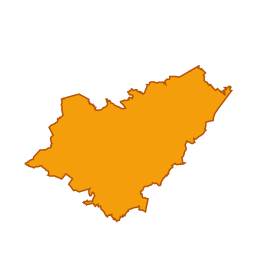 Cuautepec de Hinojosa, Hidalgo, Mexico, rotated 208°
{"feature_id": "50627088B81322224704661", "entity_name": "Cuautepec de Hinojosa", "entity_type": "district", "adm_level": 2, "iso_a3": "MEX", "parent_name": "Mexico", "parent_adm1": "Hidalgo", "projection": "albers", "projection_center": [-98.287, 19.97], "detail": "fine", "context": "isolated", "style": "filled", "palette": "amber", "viewbox_px": 256, "rotation_deg": 208, "n_neighbors": 0, "source": "geoboundaries", "source_scale": "gbopen_adm2", "svg_char_len": 5707}
<svg xmlns="http://www.w3.org/2000/svg" viewBox="0 0 256 256"><g transform="rotate(208 128 128)"><path d="M100.0,207.8L99.7,207.4L100.6,206.5L106.6,197.0L110.7,195.6L115.3,193.1L114.3,190.7L114.8,190.2L116.6,189.3L117.4,186.7L115.3,184.2L115.6,184.3L116.4,184.6L117.3,184.2L118.2,185.1L123.1,182.3L123.5,181.4L125.0,181.0L126.4,181.0L128.9,179.7L129.4,179.3L130.2,178.2L129.8,177.0L129.8,176.1L131.6,175.2L131.2,175.1L130.5,172.7L130.4,169.8L129.9,167.2L130.4,165.1L134.2,165.0L133.3,165.8L135.3,165.6L135.9,164.9L137.0,164.9L137.5,165.1L137.9,165.9L139.4,165.3L139.9,164.3L141.0,163.8L141.7,164.2L143.3,164.2L143.2,162.2L144.0,161.6L145.1,159.7L144.7,159.4L143.8,159.2L142.6,158.2L142.0,158.1L140.2,159.1L138.7,158.7L138.4,158.4L138.5,157.8L138.0,156.0L138.7,156.0L139.5,156.3L140.9,155.9L141.3,155.1L140.6,153.9L141.4,154.0L141.5,153.8L141.0,152.7L141.4,152.2L144.6,150.6L144.7,149.9L145.8,149.1L146.4,147.9L146.9,148.0L147.1,147.8L146.8,147.4L145.2,146.7L143.6,146.5L139.5,144.4L141.0,143.0L142.3,142.2L143.3,142.5L143.9,142.1L146.1,142.3L147.1,142.2L147.6,141.8L148.6,142.0L150.3,141.8L152.5,142.5L154.9,142.1L155.5,142.8L156.8,143.5L157.1,142.9L157.6,143.4L158.2,142.6L158.5,142.7L160.2,143.8L160.9,143.1L160.3,142.9L159.5,142.0L159.5,141.7L157.5,140.1L157.1,138.4L157.2,137.4L157.7,135.9L159.2,134.7L160.0,131.9L162.2,129.8L162.8,129.8L163.3,129.2L163.9,129.1L164.2,128.8L164.7,129.0L165.4,128.8L166.0,128.9L166.1,131.0L166.8,130.8L167.6,130.8L168.4,131.8L169.0,131.8L169.5,131.3L170.0,132.3L170.4,131.9L171.3,131.8L172.5,132.0L172.6,131.2L173.8,131.6L173.9,132.2L174.6,133.1L175.4,133.1L176.0,133.6L176.0,134.9L187.2,134.9L197.4,125.3L198.0,124.4L198.3,123.5L199.0,123.9L199.4,123.2L200.3,122.2L198.0,119.3L197.9,117.9L197.6,116.8L196.0,115.6L195.7,115.1L195.4,113.6L191.3,108.6L192.1,106.8L192.4,105.1L193.2,105.3L193.6,103.0L194.4,103.1L194.2,102.5L193.9,102.5L193.5,101.3L193.4,100.3L193.6,99.6L194.2,98.9L194.2,98.0L194.8,97.5L195.0,96.8L196.2,95.7L197.4,93.7L198.0,91.5L190.8,86.5L191.8,83.1L190.8,81.5L189.3,79.6L187.9,78.6L188.2,78.3L188.0,77.4L187.8,77.3L187.8,75.5L187.6,76.0L187.0,75.6L187.3,75.2L187.0,74.5L189.2,72.5L189.9,70.9L190.3,70.5L193.7,68.0L195.3,67.4L197.6,58.2L197.0,55.7L197.6,55.5L198.5,54.6L199.5,53.1L199.9,51.8L200.4,51.6L200.6,50.3L202.0,48.7L201.5,48.5L201.5,48.1L199.1,47.9L198.4,48.5L198.0,48.5L197.5,47.7L194.6,48.5L192.5,48.6L192.0,49.1L191.7,50.0L191.3,50.6L189.6,51.3L189.4,51.9L188.7,52.0L186.9,54.1L186.5,54.1L185.8,53.4L185.1,53.5L184.5,53.2L182.2,53.1L180.5,52.2L179.6,52.2L178.6,52.7L178.0,52.5L176.5,50.3L176.4,49.5L176.7,48.8L175.4,49.0L174.6,48.8L170.3,51.2L168.8,51.2L165.5,51.7L162.6,51.8L161.3,58.3L153.2,57.2L154.0,50.5L151.5,49.6L146.8,47.2L144.6,48.6L141.3,48.6L133.2,56.4L133.4,55.3L133.2,54.3L131.2,51.2L129.9,50.3L129.2,50.5L129.1,51.1L128.8,51.5L129.3,53.2L128.8,53.8L129.0,54.8L129.4,55.0L127.2,54.2L125.9,52.6L125.7,52.6L125.4,52.2L125.6,52.0L125.5,51.2L125.8,49.0L125.2,48.2L125.3,47.5L124.9,46.8L128.2,44.9L128.7,44.1L129.1,44.2L130.0,44.9L130.6,43.4L131.9,42.6L132.6,41.6L132.9,41.5L132.3,41.5L132.5,41.2L131.3,41.0L130.7,41.2L129.8,40.9L129.5,41.1L128.6,40.6L128.5,41.0L123.5,45.1L123.0,45.1L122.4,44.4L121.4,44.4L120.8,43.6L120.0,43.5L119.7,45.4L118.7,46.6L117.7,44.8L116.7,44.6L116.2,45.8L115.6,46.2L113.6,43.6L111.5,43.5L110.3,42.6L109.5,42.6L108.4,41.5L106.0,40.1L105.6,40.5L104.6,39.8L104.1,42.1L103.4,42.6L103.2,42.2L102.9,42.3L102.3,43.5L101.7,44.0L101.0,42.4L99.3,41.7L98.0,41.7L97.8,41.0L98.0,40.7L97.2,40.6L96.9,41.8L95.7,41.0L94.1,40.4L94.2,40.9L92.4,42.5L93.0,46.3L91.3,46.6L90.9,47.0L91.3,47.6L91.0,47.7L91.7,48.5L91.6,48.8L91.4,49.3L91.4,49.1L90.4,48.4L90.1,49.1L89.5,49.2L89.9,51.3L89.6,53.0L88.7,54.9L89.2,55.1L89.3,55.7L88.3,57.2L87.2,58.0L86.9,58.7L86.0,59.5L85.5,60.3L84.3,61.3L83.8,61.4L81.8,63.3L82.0,63.6L81.9,64.1L81.1,63.9L80.3,62.6L80.2,61.2L78.6,61.2L77.0,62.3L73.2,62.2L74.6,66.4L77.0,74.9L78.3,74.4L79.9,74.5L81.9,73.5L82.5,73.5L83.0,73.9L83.7,75.2L85.0,76.5L85.7,76.5L85.9,75.9L87.1,77.6L87.0,78.1L86.1,79.2L85.8,80.1L86.2,83.1L85.6,84.3L83.2,85.7L81.7,88.0L80.7,88.7L80.4,89.7L80.6,90.7L80.2,91.4L79.7,91.5L78.3,91.4L77.5,92.3L76.8,92.6L74.1,91.7L73.5,91.7L72.7,92.2L72.4,93.3L72.8,93.6L73.1,94.0L73.1,94.5L72.9,94.8L73.2,95.1L73.3,97.4L73.0,100.1L73.2,100.7L72.5,101.4L72.4,103.2L71.9,103.8L71.5,103.7L71.2,104.2L71.9,104.4L70.6,106.6L71.2,106.8L71.4,107.4L71.4,109.3L71.8,110.5L71.3,111.2L71.2,112.4L70.1,114.1L70.5,114.3L70.6,115.1L71.6,115.5L69.8,118.8L69.6,119.0L68.8,118.4L67.9,118.5L67.2,118.9L64.5,120.9L64.3,120.8L64.1,121.2L62.7,121.9L61.6,123.1L61.3,123.8L63.5,123.1L65.4,125.9L66.7,127.2L66.2,128.0L66.0,129.1L66.3,131.7L67.0,133.3L66.6,135.3L66.6,136.4L67.0,137.3L68.2,138.6L69.3,139.4L69.6,140.0L69.9,144.1L69.1,144.2L68.8,143.9L68.5,144.2L64.5,144.2L63.8,144.5L62.3,146.7L63.8,148.2L64.8,149.6L63.9,149.4L62.7,150.3L61.7,153.0L59.1,157.6L58.7,160.8L58.2,162.7L59.8,163.2L59.7,164.1L60.1,165.9L61.3,168.4L61.8,170.0L56.3,174.7L57.5,177.4L58.1,181.7L57.5,187.6L54.0,209.7L55.1,209.3L55.6,209.3L56.2,210.1L56.3,212.3L57.0,212.6L57.4,212.1L58.0,212.4L58.4,212.2L59.1,210.2L59.7,209.8L60.9,209.6L61.7,209.0L59.3,208.3L59.5,207.8L60.6,207.1L61.0,206.4L61.5,206.0L61.5,205.5L61.0,205.2L60.4,205.4L59.7,204.8L59.3,204.9L59.3,204.1L57.9,203.1L58.0,202.8L60.2,203.2L61.3,204.1L62.5,203.3L63.0,203.5L63.1,204.1L64.2,203.8L67.5,204.8L68.2,202.4L72.7,203.6L72.6,203.9L73.7,204.1L75.3,205.1L75.7,204.1L76.4,204.5L76.7,203.8L77.6,204.1L77.5,204.4L79.2,205.0L79.5,205.4L82.1,205.3L83.2,205.8L84.1,207.7L84.5,209.1L86.3,210.0L85.4,213.0L90.8,214.8L91.1,213.8L93.0,214.4L94.3,213.8L94.7,214.1L94.3,215.9L94.3,216.1L94.5,216.2L99.7,208.0L100.0,207.8Z" fill="#f59e0b" stroke="#b45309" stroke-width="1.5"/></g></svg>